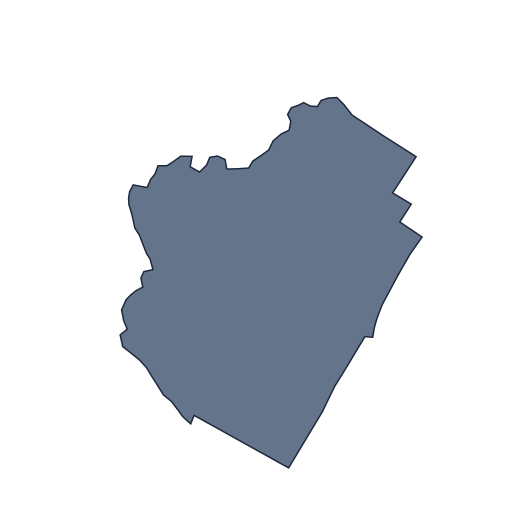 Paulo Bento, Rio Grande do Sul, Brazil (Mercator projection), rotated 121°
{"feature_id": "56859067B85651133554571", "entity_name": "Paulo Bento", "entity_type": "district", "adm_level": 2, "iso_a3": "BRA", "parent_name": "Brazil", "parent_adm1": "Rio Grande do Sul", "projection": "mercator", "projection_center": [-52.399, -27.718], "detail": "fine", "context": "isolated", "style": "filled", "palette": "slate", "viewbox_px": 512, "rotation_deg": 121, "n_neighbors": 0, "source": "geoboundaries", "source_scale": "gbopen_adm2", "svg_char_len": 1278}
<svg xmlns="http://www.w3.org/2000/svg" viewBox="0 0 512 512"><g transform="rotate(121 256 256)"><path d="M154.2,123.4L152.8,150.3L131.6,149.6L131.6,171.4L88.4,169.9L87.4,208.1L85.7,246.2L81.1,258.2L78.5,268.3L83.4,275.4L89.1,280.3L96.3,280.3L99.5,286.7L100.0,294.2L105.3,297.5L110.7,302.1L118.4,301.8L122.6,295.6L131.1,292.4L138.3,297.2L148.5,300.6L158.7,299.7L168.5,304.0L176.3,307.6L184.4,307.6L190.5,316.4L196.5,325.8L189.2,332.2L190.1,340.4L195.2,346.4L203.5,345.2L213.1,347.6L213.4,358.4L203.5,362.1L209.2,371.9L217.5,375.4L224.5,378.8L229.1,386.5L237.7,384.8L244.7,385.8L253.3,384.6L255.9,391.2L258.3,397.9L265.9,397.5L272.3,394.9L277.6,391.2L283.3,384.8L289.2,379.1L294.5,374.2L298.2,366.6L305.2,357.7L310.2,351.2L313.2,345.2L320.8,337.3L327.1,344.1L334.2,343.3L341.0,337.0L347.1,340.8L353.7,343.3L360.3,344.8L371.4,343.5L379.4,336.3L385.0,328.7L393.6,331.8L402.3,323.6L403.9,311.1L405.2,302.1L408.1,292.3L412.3,284.5L417.0,275.0L422.8,263.7L424.2,253.6L428.5,242.8L431.5,235.9L433.5,225.5L424.5,227.0L421.2,129.0L420.8,118.9L394.3,118.9L377.1,118.9L366.7,118.9L355.3,118.9L327.7,121.4L305.8,121.1L269.0,121.1L265.5,114.1L257.2,117.4L251.0,119.2L245.1,120.6L233.0,122.7L199.5,124.4L174.8,124.9L154.2,123.4Z" fill="#64748b" stroke="#1e293b" stroke-width="1.5"/></g></svg>